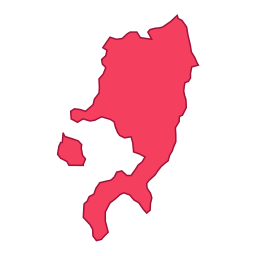 the district of Wanju-gun, North Jeolla, South Korea
{"feature_id": "91817680B60221740281290", "entity_name": "Wanju-gun", "entity_type": "district", "adm_level": 2, "iso_a3": "KOR", "parent_name": "South Korea", "parent_adm1": "North Jeolla", "projection": "orthographic", "projection_center": [127.185, 35.873], "detail": "fine", "context": "isolated", "style": "filled", "palette": "rose", "viewbox_px": 256, "rotation_deg": 0, "n_neighbors": 0, "source": "geoboundaries", "source_scale": "gbopen_adm2", "svg_char_len": 1860}
<svg xmlns="http://www.w3.org/2000/svg" viewBox="0 0 256 256"><path d="M177.2,15.4L170.6,21.6L168.1,23.3L162.6,27.1L159.2,27.9L155.0,28.3L150.0,29.6L147.9,32.1L151.7,39.3L140.3,37.6L136.9,32.1L130.2,32.1L127.3,33.8L122.2,38.5L116.3,39.3L110.0,37.2L106.2,42.7L102.8,47.7L107.0,50.2L105.8,55.7L101.6,59.5L102.4,64.1L105.8,67.5L103.2,74.2L99.0,78.9L99.4,87.7L99.0,93.2L94.4,99.1L93.1,104.6L89.3,108.0L85.5,111.3L80.4,109.6L74.5,108.8L70.7,111.3L71.2,118.9L73.8,120.3L77.5,122.3L83.0,118.9L90.1,121.0L94.8,120.2L101.5,116.8L110.4,119.4L114.2,121.9L115.4,127.0L117.6,132.4L119.7,135.4L124.7,137.9L131.1,136.7L132.8,143.0L133.6,151.9L139.5,154.0L145.0,156.9L142.1,162.0L138.2,165.0L135.3,169.6L131.1,175.5L126.8,175.5L121.8,170.9L116.7,172.1L114.2,177.2L110.8,180.2L105.3,181.4L99.8,182.7L96.0,188.2L93.9,194.1L92.4,194.9L89.2,196.6L87.1,201.3L84.1,203.8L83.7,209.7L83.3,217.4L83.7,217.8L90.0,224.6L92.6,229.2L93.0,236.0L96.4,240.6L101.4,239.4L103.1,237.3L108.2,232.2L105.3,221.2L105.3,211.9L109.9,203.0L115.4,198.8L120.1,194.5L123.9,192.8L129.8,195.0L134.0,200.0L138.7,202.6L143.3,209.3L146.7,213.1L150.1,210.2L150.5,203.4L151.8,197.9L150.5,193.3L147.1,188.2L146.7,183.5L148.8,180.6L155.0,175.0L157.7,170.9L161.1,166.6L164.9,163.2L168.2,160.7L169.5,155.6L172.4,150.6L173.3,147.6L175.8,141.7L175.8,135.4L175.4,127.8L179.2,121.4L179.2,118.1L179.6,116.4L182.5,115.1L186.3,107.5L185.9,99.5L184.6,95.7L183.7,91.1L184.2,86.4L185.0,82.6L188.4,81.4L190.5,78.0L190.5,73.3L191.7,67.0L198.4,65.1L197.2,63.2L194.6,57.3L191.3,51.9L190.4,45.6L187.9,35.0L186.6,27.0L181.9,20.3L178.2,18.6L177.2,15.4ZM63.1,132.7L62.3,142.5L60.6,142.5L58.9,146.3L57.6,154.3L60.5,158.1L66.9,161.5L69.0,165.3L72.8,165.3L83.3,165.4L83.3,164.1L85.5,159.0L82.5,155.2L81.2,148.0L81.7,144.7L78.3,140.9L72.0,138.7L65.2,136.6L64.0,134.9L63.1,132.7Z" fill="#f43f5e" stroke="#9f1239" stroke-width="1.5"/></svg>